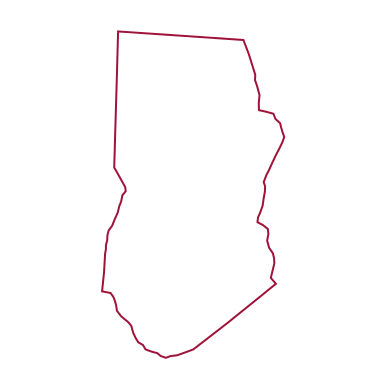 Pacajus, Ceará, Brazil (Natural Earth projection), rotated 267°
{"feature_id": "56859067B2750326720255", "entity_name": "Pacajus", "entity_type": "district", "adm_level": 2, "iso_a3": "BRA", "parent_name": "Brazil", "parent_adm1": "Ceará", "projection": "natural_earth1", "projection_center": [-38.522, -4.186], "detail": "fine", "context": "isolated", "style": "outline", "palette": "rose", "viewbox_px": 384, "rotation_deg": 267, "n_neighbors": 0, "source": "geoboundaries", "source_scale": "gbopen_adm2", "svg_char_len": 1240}
<svg xmlns="http://www.w3.org/2000/svg" viewBox="0 0 384 384"><g transform="rotate(267 192 192)"><path d="M95.9,271.0L102.1,266.2L109.1,268.3L116.4,270.5L121.4,270.5L126.5,269.6L132.2,266.1L139.5,264.5L146.2,266.1L151.1,265.8L155.3,261.1L158.4,255.8L163.1,256.6L167.9,259.0L174.6,261.8L181.7,263.2L188.5,264.8L193.9,265.3L198.1,264.1L205.3,267.3L209.6,269.9L213.7,272.0L218.5,274.5L223.7,277.3L231.4,281.8L236.8,284.8L242.2,287.0L246.8,285.6L252.2,284.3L256.1,283.6L260.7,279.1L265.9,277.4L268.2,270.5L270.2,263.2L276.8,263.3L285.3,264.5L294.5,262.5L300.4,260.8L305.8,261.3L326.5,256.0L334.1,253.6L341.1,251.3L348.5,190.4L356.2,126.6L308.7,122.8L245.3,117.6L238.8,117.1L220.5,115.6L214.2,118.8L200.3,125.6L196.2,125.8L192.3,122.3L186.4,120.8L181.3,118.5L175.4,116.8L168.6,113.3L162.5,110.5L158.0,106.8L153.4,105.3L148.2,104.8L143.6,103.3L139.1,103.0L135.0,102.0L116.7,100.0L97.5,97.0L95.4,105.4L91.3,108.0L87.4,109.3L82.9,110.3L77.3,110.8L71.9,114.5L68.7,117.8L65.6,121.3L61.7,124.3L54.2,126.0L48.7,128.3L44.6,130.6L41.8,135.0L37.2,137.4L34.9,142.8L32.8,149.1L29.9,152.1L27.8,157.2L29.3,162.1L29.7,168.6L31.8,175.6L34.7,185.0L59.3,220.5L80.3,249.5L86.3,257.8L89.8,262.5L95.9,271.0Z" fill="none" stroke="#9f1239" stroke-width="2"/></g></svg>